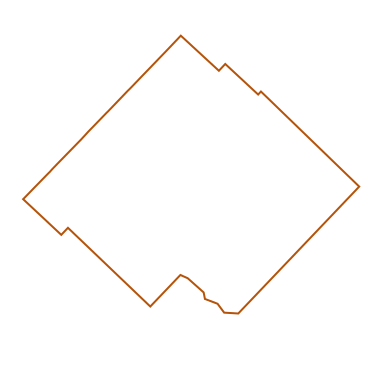 outline of Nodaway, Missouri, United States of America, rotated 313°
{"feature_id": "52423323B34301211458576", "entity_name": "Nodaway", "entity_type": "district", "adm_level": 2, "iso_a3": "USA", "parent_name": "United States of America", "parent_adm1": "Missouri", "projection": "albers", "projection_center": [-94.942, 40.352], "detail": "fine", "context": "isolated", "style": "outline", "palette": "amber", "viewbox_px": 384, "rotation_deg": 313, "n_neighbors": 0, "source": "geoboundaries", "source_scale": "gbopen_adm2", "svg_char_len": 615}
<svg xmlns="http://www.w3.org/2000/svg" viewBox="0 0 384 384"><g transform="rotate(313 192 192)"><path d="M298.7,77.2L278.6,77.0L265.7,76.8L265.0,76.8L242.2,76.4L227.4,76.2L223.9,76.1L222.4,76.0L193.3,75.6L191.4,75.5L186.0,75.4L170.0,75.1L165.5,75.0L155.5,75.1L124.7,74.4L120.4,74.3L113.3,74.2L109.5,74.3L108.2,74.2L107.5,74.2L104.0,74.1L90.6,73.8L86.8,73.7L71.6,73.4L71.5,125.6L81.2,125.7L79.8,239.6L123.4,240.1L126.0,247.6L126.5,269.0L122.6,274.4L127.7,286.9L125.7,297.8L134.7,308.7L310.0,310.6L312.5,173.9L308.4,173.9L308.3,129.0L299.0,129.0L298.7,77.2Z" fill="none" stroke="#b45309" stroke-width="2"/></g></svg>